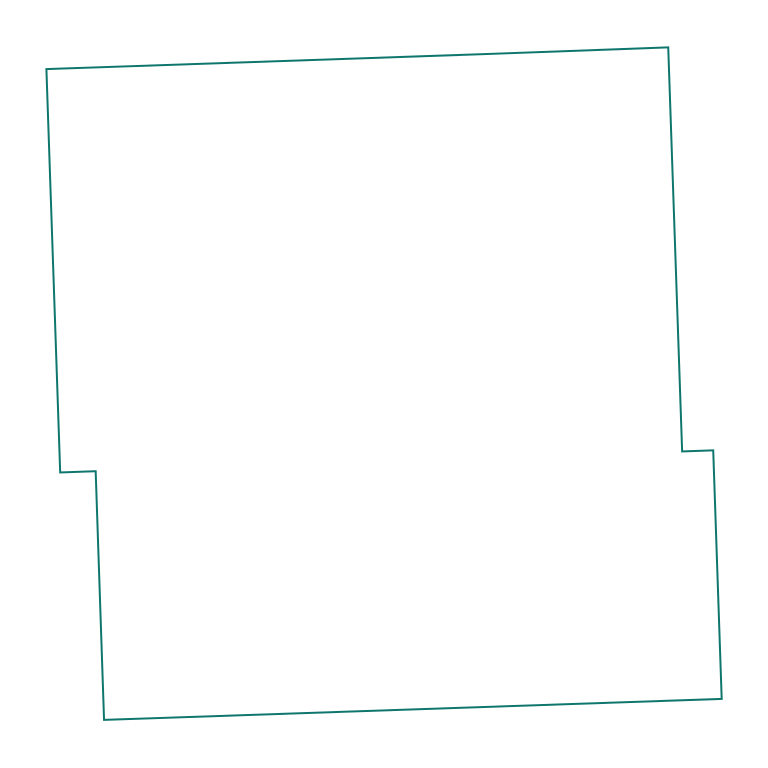 Rolette, North Dakota, United States of America (Mercator projection), rotated 358°
{"feature_id": "52423323B96885116348169", "entity_name": "Rolette", "entity_type": "district", "adm_level": 2, "iso_a3": "USA", "parent_name": "United States of America", "parent_adm1": "North Dakota", "projection": "mercator", "projection_center": [-99.803, 48.772], "detail": "fine", "context": "isolated", "style": "outline", "palette": "teal", "viewbox_px": 768, "rotation_deg": 358, "n_neighbors": 0, "source": "geoboundaries", "source_scale": "gbopen_adm2", "svg_char_len": 299}
<svg xmlns="http://www.w3.org/2000/svg" viewBox="0 0 768 768"><g transform="rotate(358 384 384)"><path d="M679.8,57.5L678.7,57.5L492.2,57.8L73.0,57.5L57.6,57.5L57.3,461.1L92.8,461.1L92.5,709.9L710.5,710.5L710.7,461.8L679.6,461.8L679.8,57.5Z" fill="none" stroke="#0f766e" stroke-width="2"/></g></svg>